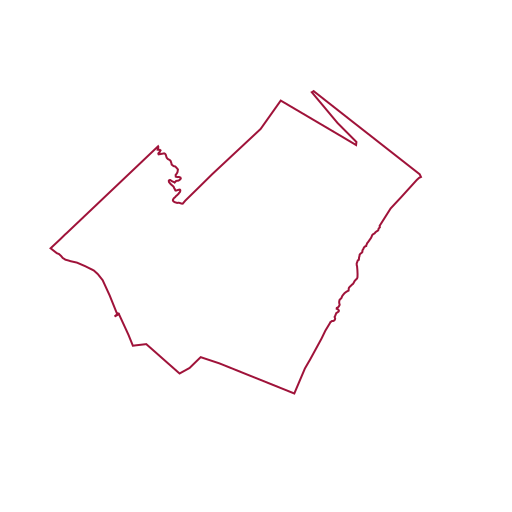 Santo Tomás Tamazulapan, Oaxaca, Mexico, rotated 245°
{"feature_id": "50627088B4613944542165", "entity_name": "Santo Tomás Tamazulapan", "entity_type": "district", "adm_level": 2, "iso_a3": "MEX", "parent_name": "Mexico", "parent_adm1": "Oaxaca", "projection": "equal_earth", "projection_center": [-96.577, 16.24], "detail": "fine", "context": "isolated", "style": "outline", "palette": "rose", "viewbox_px": 512, "rotation_deg": 245, "n_neighbors": 0, "source": "geoboundaries", "source_scale": "gbopen_adm2", "svg_char_len": 3210}
<svg xmlns="http://www.w3.org/2000/svg" viewBox="0 0 512 512"><g transform="rotate(245 256 256)"><path d="M396.8,213.6L360.6,105.5L356.8,94.2L356.2,92.1L354.0,85.9L349.8,73.1L342.7,76.7L341.0,78.3L338.3,79.4L335.9,80.0L334.8,80.7L334.3,81.1L333.3,81.6L331.2,84.1L329.7,85.7L325.7,90.9L320.4,95.6L319.3,96.6L311.4,102.9L306.4,105.0L298.9,106.8L282.0,106.7L263.3,105.7L262.2,106.8L261.2,103.2L260.9,102.3L261.2,106.3L261.2,107.2L238.4,107.1L226.7,106.5L225.9,109.1L222.5,119.3L183.3,136.4L181.8,137.1L182.0,139.7L182.6,148.5L187.7,163.1L174.3,177.3L150.9,199.2L115.2,232.6L133.4,252.8L137.8,259.1L139.1,261.0L153.4,280.4L159.1,287.4L163.9,294.6L164.6,295.4L164.6,296.0L165.0,297.0L164.4,298.9L164.7,300.1L165.2,300.8L166.1,301.4L167.2,301.4L167.6,301.5L168.2,302.4L169.3,303.5L170.0,304.3L170.4,304.8L170.4,305.6L170.8,307.5L171.7,308.1L173.0,307.7L174.1,306.8L174.8,307.3L174.8,308.5L175.2,309.6L176.4,311.2L178.4,311.6L179.8,312.3L181.0,313.3L181.7,315.5L183.4,317.4L184.1,318.8L184.9,320.5L185.4,322.8L185.5,324.1L185.5,325.2L186.0,325.6L187.2,326.2L187.9,326.8L188.4,327.8L188.8,329.0L189.2,330.2L189.5,330.9L189.7,332.1L190.2,332.9L191.7,334.9L192.2,336.1L192.5,336.9L192.9,338.1L193.9,339.0L196.7,340.4L200.3,341.9L204.1,343.3L205.1,343.4L206.7,344.1L209.0,346.4L209.1,347.6L211.3,348.9L211.8,349.4L212.4,349.9L212.8,350.1L213.2,350.3L213.6,350.9L214.0,351.7L214.1,352.5L214.3,353.3L214.8,354.2L215.6,354.5L216.4,355.2L216.9,356.1L217.2,356.5L218.1,357.4L218.4,358.3L218.6,358.8L218.5,359.2L218.6,359.5L218.5,360.0L218.8,360.1L219.1,360.5L219.6,361.1L220.1,361.6L220.6,362.1L221.3,363.6L221.9,364.6L222.2,365.3L222.6,365.7L223.1,366.7L223.8,367.9L224.9,369.2L225.8,370.1L226.2,371.1L226.4,373.1L227.0,374.2L227.3,375.4L227.4,376.3L227.5,377.2L227.7,377.7L228.2,378.1L229.0,378.7L229.7,380.4L231.1,380.8L242.2,398.1L247.8,412.0L257.0,433.9L257.9,436.8L257.9,438.9L260.9,438.9L340.2,398.6L381.1,377.9L380.8,376.2L380.8,375.8L342.1,386.1L316.9,395.2L314.3,393.6L335.2,379.3L386.4,344.1L369.2,313.9L348.6,250.7L341.9,231.9L336.1,215.4L334.4,211.7L335.0,210.6L336.2,209.4L337.0,208.4L337.4,207.0L338.5,205.8L339.2,205.0L340.6,204.2L341.6,204.2L342.2,204.6L343.1,206.0L343.5,207.6L344.1,208.8L344.4,210.1L344.8,211.1L345.2,212.3L345.6,212.8L346.1,214.0L346.4,214.4L347.3,215.0L347.6,215.2L348.0,215.2L348.4,215.0L348.6,214.6L348.8,213.1L348.9,212.5L349.1,211.0L349.5,210.6L351.2,210.7L351.6,210.5L353.6,210.6L354.4,210.3L355.3,209.9L356.4,209.4L357.4,209.0L358.5,208.7L359.8,208.4L360.6,208.6L361.1,208.8L361.3,209.1L361.3,210.1L361.0,210.5L360.2,210.9L359.5,211.3L358.7,211.9L358.4,212.2L357.6,212.9L357.4,213.3L357.0,213.4L357.8,215.4L357.1,217.6L357.3,219.1L357.9,220.5L359.0,220.7L360.2,219.6L360.7,218.2L361.8,216.8L363.4,217.4L364.0,218.6L364.5,219.4L365.2,220.3L367.4,221.8L368.3,221.6L370.3,221.0L371.3,220.6L372.3,219.3L374.5,218.2L375.6,218.5L378.2,218.8L379.4,218.4L381.3,217.0L382.8,216.6L383.9,216.7L385.0,216.9L386.1,217.0L387.0,216.8L387.9,216.1L388.0,215.4L388.9,212.0L389.3,210.7L390.0,210.7L390.7,211.5L391.0,212.9L391.6,213.4L392.1,214.1L392.9,213.7L393.4,212.7L393.9,211.8L394.6,212.3L395.2,213.0L395.7,213.2L396.2,213.6L396.8,213.6Z" fill="none" stroke="#9f1239" stroke-width="2"/></g></svg>